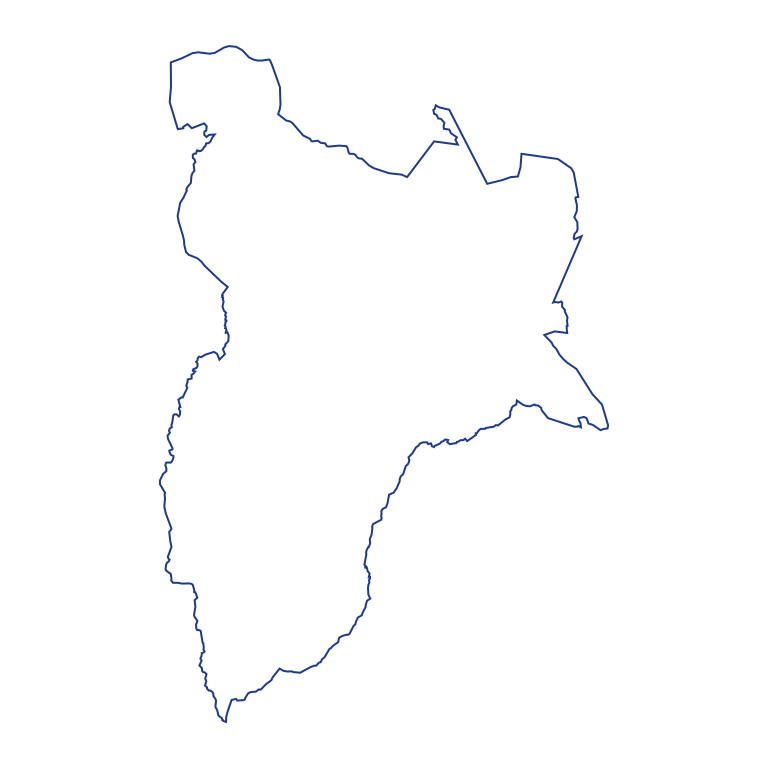 the district of San Gabriel Chilac, Puebla, Mexico
{"feature_id": "50627088B95870505229303", "entity_name": "San Gabriel Chilac", "entity_type": "district", "adm_level": 2, "iso_a3": "MEX", "parent_name": "Mexico", "parent_adm1": "Puebla", "projection": "natural_earth1", "projection_center": [-97.386, 18.312], "detail": "fine", "context": "isolated", "style": "outline", "palette": "blue", "viewbox_px": 768, "rotation_deg": 0, "n_neighbors": 0, "source": "geoboundaries", "source_scale": "gbopen_adm2", "svg_char_len": 6108}
<svg xmlns="http://www.w3.org/2000/svg" viewBox="0 0 768 768"><path d="M557.9,159.0L521.5,153.8L520.5,167.2L517.9,176.5L510.8,177.1L502.3,180.1L487.2,183.8L449.2,109.7L439.0,107.3L435.8,105.3L434.8,108.9L433.3,110.0L434.2,114.0L436.5,114.7L438.3,118.5L440.9,118.8L444.4,122.8L443.6,125.9L443.9,128.8L449.3,129.6L450.9,133.2L456.9,137.3L455.4,139.7L457.8,144.6L434.1,141.4L407.1,177.1L401.6,174.6L388.9,173.2L373.8,168.2L369.0,165.4L362.0,158.7L359.0,158.4L357.3,157.5L355.4,154.8L353.7,153.9L349.7,153.8L348.8,152.8L347.2,147.1L346.4,146.2L339.2,145.6L328.7,146.6L326.9,146.2L325.2,143.4L320.7,142.8L317.8,140.7L312.2,141.4L311.4,141.0L309.9,138.8L303.2,135.5L292.1,122.7L289.4,121.2L286.3,120.6L278.1,114.2L279.7,109.5L280.5,104.6L279.9,87.1L272.5,66.2L270.2,60.6L269.0,59.5L262.5,60.5L257.3,60.5L253.5,59.6L249.0,57.4L242.3,50.2L236.1,46.8L228.9,46.1L223.9,47.6L214.8,52.9L209.5,53.7L198.2,52.3L192.6,53.1L181.3,58.5L170.8,62.4L171.0,87.0L169.7,102.2L177.8,129.1L183.3,128.3L183.2,126.9L187.5,124.1L191.8,128.2L204.1,123.4L206.7,126.3L206.2,130.6L204.4,131.6L204.2,134.8L206.5,137.0L209.1,134.9L214.7,134.5L212.1,137.9L210.4,141.6L208.5,143.2L206.2,143.3L205.2,146.5L204.2,146.8L202.8,149.3L201.0,150.9L198.6,151.2L198.4,150.6L197.0,150.4L195.9,153.7L194.1,153.7L192.8,154.8L192.9,158.1L194.5,159.3L195.4,162.0L193.6,164.4L194.4,170.8L192.5,173.0L191.5,175.7L190.8,183.0L187.1,187.5L186.3,189.5L186.8,190.6L183.4,197.8L180.2,202.8L177.6,216.0L178.6,221.3L182.8,235.3L184.0,240.4L184.3,245.1L186.1,252.2L188.7,254.8L197.4,258.3L201.4,261.7L204.7,265.9L220.9,281.4L227.7,287.0L222.4,294.2L222.1,295.3L222.7,295.8L222.1,297.1L222.9,297.3L223.2,298.6L222.7,299.2L223.6,301.5L222.5,306.7L224.0,310.8L226.0,312.6L225.1,315.4L226.0,316.4L225.2,319.8L226.4,320.4L226.5,321.3L225.3,322.2L225.5,323.5L224.7,325.5L225.6,326.5L225.1,328.2L225.9,328.4L226.6,330.9L225.9,331.4L225.7,332.8L227.5,332.6L228.7,335.8L228.3,341.2L225.3,344.3L225.4,345.8L222.9,349.1L224.9,354.1L219.4,359.7L217.1,353.8L213.9,351.9L205.3,354.7L201.1,357.2L199.2,356.6L197.8,358.1L197.3,360.6L196.1,361.9L197.6,363.8L197.4,366.5L196.5,367.9L193.4,369.2L192.8,370.2L192.8,370.8L195.2,371.4L193.4,373.7L191.6,374.7L191.6,378.5L187.7,379.5L187.5,382.2L186.2,385.8L187.3,387.8L182.7,397.5L181.4,397.4L178.4,399.7L180.3,406.9L179.5,406.8L179.0,409.1L180.2,411.5L179.9,414.5L178.9,416.4L176.4,414.3L174.6,414.3L173.3,415.2L172.2,422.9L171.4,424.9L171.8,427.3L169.8,428.4L169.0,430.7L169.9,432.6L167.5,435.8L168.1,439.1L172.6,448.5L172.2,449.5L169.3,450.6L169.4,451.7L170.6,454.6L173.4,456.0L173.5,457.6L172.4,460.6L170.7,462.6L166.4,462.5L165.7,463.7L165.4,465.5L166.4,468.6L166.3,471.2L163.0,474.0L159.9,480.5L160.0,484.3L165.2,493.1L164.6,494.3L165.0,498.2L164.3,506.7L165.8,513.4L171.5,528.8L169.2,532.0L170.3,541.4L171.5,546.8L167.8,557.0L168.7,559.0L169.6,559.7L168.7,561.5L167.0,562.7L166.0,565.2L165.6,568.7L165.8,570.0L166.9,571.2L170.8,574.0L171.5,578.7L171.2,580.5L173.0,582.8L178.0,582.8L181.9,583.6L188.9,583.4L191.4,583.8L192.7,584.7L194.2,589.7L194.2,592.1L195.3,592.2L197.3,597.7L194.6,600.3L195.4,606.9L194.0,615.0L194.4,616.5L197.4,620.9L196.1,624.4L196.2,628.0L197.1,630.1L199.5,630.1L200.7,631.0L202.6,642.7L203.3,643.2L203.8,648.1L203.4,649.6L204.6,651.4L203.7,652.5L201.8,653.1L201.5,656.1L200.4,658.8L201.6,660.6L199.4,665.5L201.9,668.1L202.0,670.6L202.8,671.9L204.9,672.5L206.5,674.2L205.2,678.7L206.3,681.2L205.0,685.6L207.0,687.3L207.1,688.8L209.1,690.7L210.0,690.5L212.3,691.8L213.5,694.3L213.3,695.8L215.7,699.4L216.0,701.1L215.4,706.8L217.2,710.3L218.5,715.6L221.8,718.1L222.3,720.1L223.1,720.2L223.2,720.9L226.0,721.9L226.2,717.2L227.6,711.7L231.6,700.0L236.1,698.9L237.3,700.6L243.8,700.1L245.0,699.2L245.4,697.6L248.4,693.0L251.2,692.0L255.7,691.7L259.0,689.4L260.8,689.6L266.0,684.2L271.4,680.2L272.4,677.7L279.6,668.6L283.4,670.8L287.2,671.5L291.9,671.4L293.3,672.1L300.2,672.7L310.3,667.2L314.6,665.6L316.2,665.7L318.9,662.6L320.6,662.3L322.1,659.2L324.6,657.2L329.5,648.8L331.0,648.1L332.2,646.5L338.1,642.1L339.2,637.7L342.0,636.1L346.4,634.7L347.6,634.9L349.4,634.0L353.7,625.7L355.4,624.4L355.8,621.9L357.8,617.6L361.9,615.2L362.7,612.5L365.6,607.1L365.7,604.9L367.1,600.7L370.3,598.6L368.4,594.8L368.0,588.1L368.4,584.8L369.4,582.4L369.0,580.0L370.0,578.6L370.0,577.0L368.8,577.2L369.6,573.5L367.7,571.3L366.7,567.1L366.2,566.6L365.9,567.7L365.2,567.6L365.3,565.6L364.4,564.8L366.4,554.1L366.1,553.0L366.5,550.4L368.2,547.2L368.8,547.1L370.1,543.5L369.8,539.0L371.6,534.8L372.4,527.8L372.1,526.4L373.2,524.0L381.1,519.8L381.7,518.5L381.1,515.7L381.6,513.9L381.3,511.2L382.7,508.9L386.0,507.2L387.5,503.3L389.1,494.6L393.7,492.6L396.7,488.2L399.7,481.2L399.6,479.6L400.7,476.4L403.2,474.1L405.8,466.0L407.8,464.3L408.7,462.5L409.3,460.3L408.5,457.3L412.3,453.4L416.2,447.1L418.3,445.9L420.1,443.4L423.4,442.3L427.2,442.4L428.0,444.0L431.1,443.5L431.9,446.1L434.0,447.1L434.8,445.8L439.7,443.8L441.5,441.7L443.2,441.2L445.3,439.5L448.1,440.0L447.3,442.2L449.9,444.2L456.4,443.0L456.9,441.9L458.6,441.5L460.4,440.2L463.2,440.2L465.2,438.7L467.2,441.1L475.9,435.0L475.7,433.3L476.8,433.2L478.9,430.3L480.6,428.9L485.3,428.8L485.8,428.0L493.8,426.7L495.8,425.1L498.1,425.4L505.3,419.6L509.6,417.3L510.4,413.7L510.2,411.3L511.3,410.1L511.7,407.9L512.9,406.3L516.3,404.5L516.9,400.5L522.7,404.6L526.0,405.9L529.8,406.3L534.7,404.5L535.5,405.3L538.2,405.5L541.1,407.8L541.8,410.4L548.0,418.1L574.2,426.7L577.2,426.7L578.4,426.0L580.9,427.3L580.5,423.0L579.0,420.6L578.5,418.3L584.0,416.9L586.6,418.2L588.5,423.5L593.0,425.0L600.6,430.2L603.8,428.9L607.5,428.5L608.1,425.3L602.0,404.6L592.5,394.3L576.5,369.0L567.0,362.5L563.4,359.2L559.5,354.7L556.1,348.7L553.2,345.8L551.6,342.5L544.3,335.0L554.7,331.4L567.2,333.0L566.7,328.5L566.7,325.9L567.6,325.8L567.0,320.6L567.5,317.2L564.7,311.3L564.9,309.8L562.1,306.8L562.2,302.7L561.3,301.5L558.5,302.5L554.9,302.0L553.2,302.5L581.6,236.2L574.3,239.3L573.7,238.0L574.6,233.8L576.8,231.6L577.6,228.8L577.3,222.1L574.3,217.2L576.8,211.1L576.9,205.0L575.4,198.5L575.7,197.4L578.3,196.9L573.7,172.5L571.2,168.2L557.9,159.0Z" fill="none" stroke="#1e3a8a" stroke-width="2"/></svg>